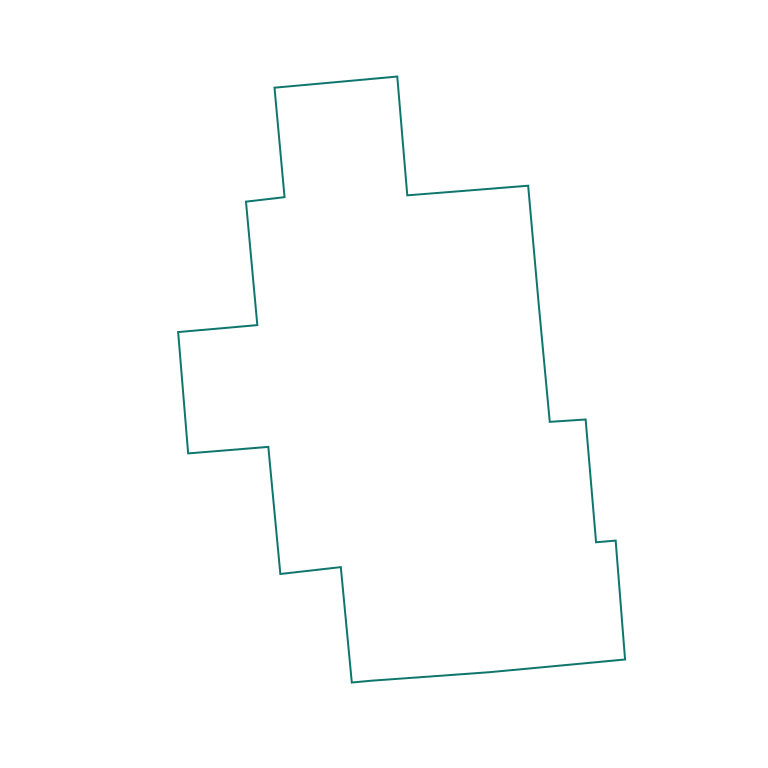 Hocking, Ohio, United States of America (Albers equal-area conic projection), rotated 261°
{"feature_id": "52423323B99959311448402", "entity_name": "Hocking", "entity_type": "district", "adm_level": 2, "iso_a3": "USA", "parent_name": "United States of America", "parent_adm1": "Ohio", "projection": "albers", "projection_center": [-82.49, 39.512], "detail": "fine", "context": "isolated", "style": "outline", "palette": "teal", "viewbox_px": 768, "rotation_deg": 261, "n_neighbors": 0, "source": "geoboundaries", "source_scale": "gbopen_adm2", "svg_char_len": 425}
<svg xmlns="http://www.w3.org/2000/svg" viewBox="0 0 768 768"><g transform="rotate(261 384 384)"><path d="M92.9,325.4L82.9,442.6L74.2,579.0L193.1,588.3L194.5,568.7L317.4,577.6L320.7,541.8L438.8,549.3L557.3,557.4L566.7,436.5L685.6,445.2L693.8,322.2L584.1,315.0L585.7,276.2L462.0,268.1L467.5,188.8L346.1,179.7L340.0,259.9L212.6,251.9L209.9,312.7L94.2,305.5L92.9,325.4Z" fill="none" stroke="#0f766e" stroke-width="2"/></g></svg>